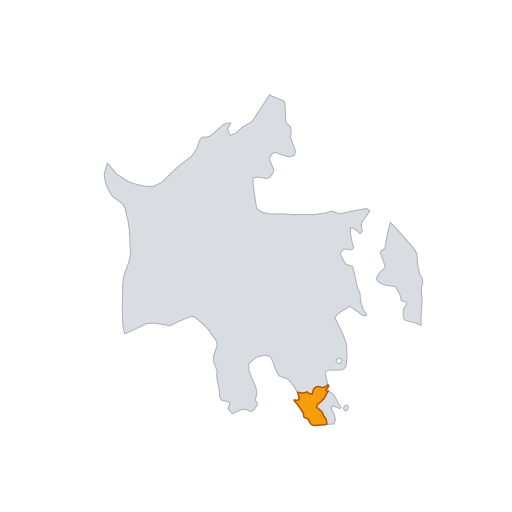 Azerbaijan, with Ağstafa highlighted, rotated 215°
{"feature_id": "AZE-1676", "entity_name": "Ağstafa", "entity_type": "District", "adm_level": 1, "iso_a3": "AZE", "parent_name": "Azerbaijan", "parent_adm1": "", "projection": "mercator", "projection_center": [45.457, 41.201], "detail": "fine", "context": "in_parent", "style": "filled", "palette": "amber", "viewbox_px": 512, "rotation_deg": 215, "n_neighbors": 0, "source": "natural_earth", "source_scale": "10m", "svg_char_len": 4162}
<svg xmlns="http://www.w3.org/2000/svg" viewBox="0 0 512 512"><g transform="rotate(215 256 256)"><path d="M337.4,395.9L335.6,395.8L322.8,398.9L320.1,397.9L309.2,383.9L306.9,382.3L302.2,381.7L299.4,379.4L297.1,375.6L295.9,372.8L284.5,365.2L282.8,362.4L282.6,360.0L284.3,357.8L286.2,355.9L291.7,354.0L298.2,352.4L300.3,351.2L301.3,349.2L301.3,345.9L300.2,342.7L290.9,336.9L289.9,334.4L289.6,331.3L290.1,328.0L291.6,325.5L299.1,322.1L303.2,318.5L300.7,314.5L292.5,305.4L282.8,295.4L276.3,295.3L268.9,298.3L256.9,306.8L250.3,310.5L241.7,316.5L232.3,323.2L224.6,330.3L219.8,336.2L211.3,338.7L207.0,343.7L192.7,358.4L188.7,358.2L188.5,350.9L188.7,345.1L187.7,341.8L183.1,337.2L183.1,335.2L184.3,334.0L187.9,334.7L192.4,334.5L194.6,332.7L189.7,326.6L185.4,322.6L181.7,319.9L180.9,318.2L180.9,317.1L181.6,315.7L187.9,312.3L188.5,309.3L188.1,305.9L178.1,300.8L170.7,302.7L164.0,297.0L159.6,292.6L154.3,287.9L149.5,285.3L144.9,279.4L136.9,273.2L131.8,271.5L131.8,270.6L132.8,269.4L134.9,268.5L149.2,268.8L150.9,267.6L151.8,265.0L153.7,261.1L156.0,255.4L155.8,250.6L141.5,242.7L131.1,235.5L123.9,226.1L119.0,217.3L119.2,214.4L120.6,211.7L131.7,203.6L132.5,201.5L132.2,200.1L128.3,196.0L123.3,191.8L121.7,188.6L118.6,187.0L112.6,186.9L102.1,181.7L99.9,181.2L99.4,180.1L99.9,179.1L107.4,177.0L107.3,175.2L105.0,172.9L100.8,171.2L96.9,167.1L95.6,163.3L109.1,152.3L113.1,150.1L121.9,152.1L140.2,159.4L139.0,163.5L140.9,165.7L145.1,168.8L153.1,172.0L160.0,173.6L163.4,172.2L168.7,171.0L175.5,174.6L181.8,179.2L185.0,181.1L186.7,181.6L191.4,180.1L197.2,174.2L199.4,167.1L200.1,163.6L196.7,158.9L189.8,153.7L182.1,149.2L177.1,145.2L173.9,137.3L170.7,136.5L169.9,135.4L169.4,132.7L169.5,129.0L170.6,126.1L173.8,124.8L176.9,124.4L179.8,121.6L183.4,116.1L184.9,113.1L191.6,114.9L192.5,119.7L193.7,120.8L196.5,120.2L201.2,118.1L204.9,119.7L209.6,125.5L216.2,131.6L219.8,135.7L221.2,138.6L224.5,141.3L229.5,144.5L233.4,149.6L236.9,161.3L240.4,164.0L253.1,168.4L257.5,169.4L270.0,170.9L274.4,169.8L280.8,159.7L286.6,149.3L292.0,147.1L301.7,142.1L307.5,137.4L310.0,132.2L315.5,122.5L318.9,117.0L324.6,121.9L334.6,135.0L348.8,156.4L352.3,162.4L354.5,169.4L356.5,177.8L359.7,185.3L374.1,204.0L380.4,210.9L390.5,219.8L394.1,221.8L398.8,222.4L407.5,222.4L415.6,225.9L419.5,228.3L423.6,231.9L427.3,235.9L431.0,246.8L417.1,243.2L403.0,243.8L395.1,246.1L387.4,249.3L380.0,253.8L375.4,262.5L371.5,282.7L365.9,301.5L366.1,310.2L368.6,318.6L368.3,322.5L365.7,324.2L362.4,327.7L358.1,344.8L355.9,348.3L353.1,350.4L352.4,348.4L352.5,343.9L346.4,339.9L343.2,344.4L341.0,353.8L336.5,363.6L336.3,365.5L337.4,395.9ZM130.0,219.2L130.7,216.4L128.9,215.2L127.0,215.1L125.4,216.5L125.4,219.9L127.7,220.5L130.0,219.2ZM84.1,298.1L82.0,295.3L81.0,293.8L87.2,292.5L97.5,288.8L100.3,290.6L103.3,294.4L104.8,297.6L105.1,303.6L106.3,304.6L111.3,302.6L113.5,305.0L117.4,307.9L124.1,310.8L133.7,306.3L138.5,305.1L142.4,305.2L144.6,306.6L145.3,311.3L144.5,317.0L143.4,320.2L145.4,322.5L153.3,328.0L156.6,331.0L155.0,336.3L160.9,349.3L162.9,354.3L165.2,360.5L153.1,358.1L131.5,352.9L125.5,350.2L119.8,343.0L116.5,339.5L111.5,335.0L107.4,333.3L104.3,330.2L102.6,325.6L100.0,321.4L95.5,316.5L85.4,299.9L84.1,298.1ZM97.0,185.2L95.6,186.1L93.6,185.2L92.9,183.1L93.1,180.9L95.2,180.4L96.8,181.0L97.3,183.0L97.0,185.2Z" fill="#d9dde1" stroke="#a8b0b8" stroke-width="1"/><path d="M123.2,191.7L122.3,191.5L121.5,190.7L122.1,188.0L121.7,186.0L120.0,186.2L119.4,186.5L119.3,185.8L119.1,183.0L118.7,180.2L118.5,179.0L118.5,177.8L118.8,177.3L119.2,176.7L119.0,176.1L118.8,175.4L120.4,170.1L120.1,168.1L120.0,167.1L119.8,167.0L112.8,166.2L111.3,165.5L108.8,163.7L106.0,163.1L104.8,162.3L101.9,159.5L101.7,158.9L101.6,158.4L111.1,150.5L113.1,149.8L115.2,149.9L116.3,150.5L119.3,152.1L120.3,152.3L121.6,152.2L123.6,151.5L124.6,151.7L125.5,152.7L127.5,154.7L136.5,158.2L140.6,159.0L142.0,159.6L142.1,160.1L141.2,160.6L139.8,161.1L138.4,162.9L139.9,165.2L142.5,167.4L143.7,168.2L141.8,169.2L139.3,170.4L137.6,171.9L136.5,173.9L132.9,173.9L130.9,175.3L131.7,177.8L132.5,180.2L131.8,183.1L129.9,185.0L128.0,185.6L126.2,186.1L125.1,187.6L123.9,189.3L123.2,191.7L123.2,191.7Z" fill="#f59e0b" stroke="#b45309" stroke-width="1.5"/></g></svg>